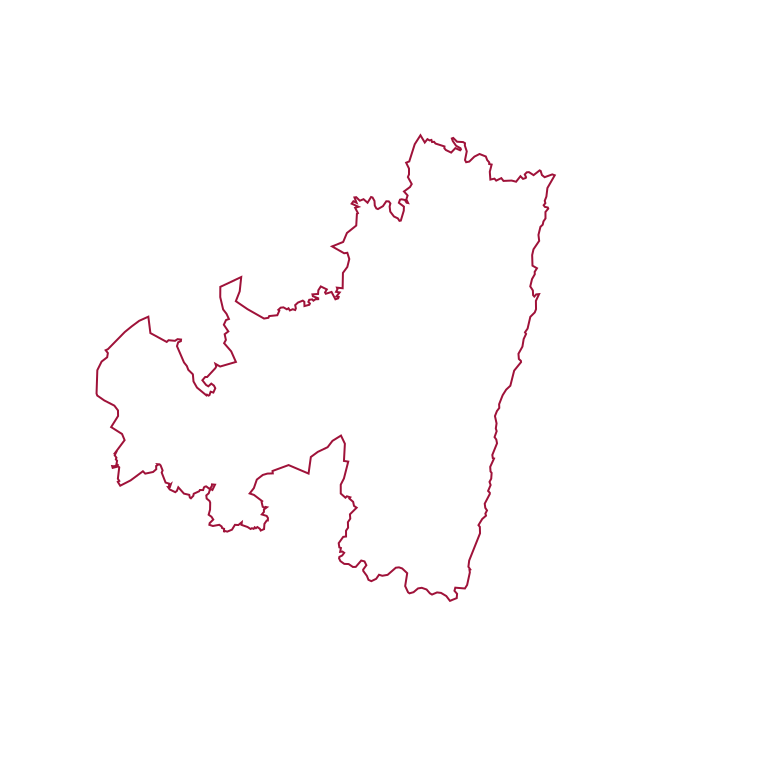 Buffalo City, Eastern Cape, South Africa (Albers equal-area conic projection), rotated 319°
{"feature_id": "47623444B85184421345333", "entity_name": "Buffalo City", "entity_type": "district", "adm_level": 2, "iso_a3": "ZAF", "parent_name": "South Africa", "parent_adm1": "Eastern Cape", "projection": "albers", "projection_center": [27.551, -32.98], "detail": "fine", "context": "isolated", "style": "outline", "palette": "rose", "viewbox_px": 768, "rotation_deg": 319, "n_neighbors": 0, "source": "geoboundaries", "source_scale": "gbopen_adm2", "svg_char_len": 6166}
<svg xmlns="http://www.w3.org/2000/svg" viewBox="0 0 768 768"><g transform="rotate(319 384 384)"><path d="M310.9,591.4L314.9,590.2L325.2,582.5L326.6,580.3L327.4,580.6L327.8,577.3L332.5,573.1L358.5,559.7L362.6,554.7L362.7,552.5L369.6,550.3L374.6,550.3L375.5,548.3L378.8,547.0L379.2,543.9L381.5,540.4L391.7,536.4L392.5,535.5L392.4,533.0L398.2,530.2L399.4,527.1L402.8,525.8L406.9,521.7L407.0,519.9L409.8,516.2L418.2,512.4L417.5,511.3L419.2,508.6L430.4,502.9L432.3,499.6L432.6,496.6L438.1,493.5L439.2,490.9L443.1,487.6L446.7,481.0L451.5,478.5L455.3,477.7L457.6,474.8L466.2,470.3L472.5,468.4L478.2,468.2L491.0,459.3L501.8,457.4L502.5,456.3L502.2,453.6L505.3,449.4L513.0,446.6L518.9,441.7L524.1,439.4L524.3,437.5L528.7,436.4L538.5,429.3L544.7,428.9L547.8,427.3L553.2,420.9L560.0,417.9L557.6,416.2L554.8,416.6L554.8,414.8L557.7,411.1L558.4,406.3L564.6,401.9L569.8,400.1L571.3,398.2L575.4,397.0L573.7,392.1L580.4,383.9L585.2,380.4L595.0,377.8L598.4,372.8L605.2,368.0L608.3,367.9L611.0,365.9L614.5,365.0L618.7,360.1L623.0,359.4L623.4,358.3L621.6,355.8L621.8,353.8L624.4,353.4L625.5,351.2L629.5,349.1L635.9,343.3L649.8,338.5L648.5,336.2L640.9,333.3L640.3,329.9L642.0,326.0L641.6,324.9L633.9,324.5L632.4,319.2L630.6,317.9L627.7,318.2L626.9,321.1L626.1,321.5L623.5,320.4L623.3,316.7L616.4,318.0L613.8,314.2L607.4,309.1L607.6,305.6L602.1,304.1L602.1,301.5L598.4,299.5L603.1,293.2L609.2,289.0L607.7,287.0L608.8,285.8L608.8,282.7L610.1,279.1L607.0,273.1L601.4,271.7L594.3,272.1L591.5,270.5L592.1,268.1L599.1,262.7L601.5,257.0L603.1,255.4L602.4,253.3L598.1,249.1L597.7,243.7L596.3,243.2L595.3,245.8L594.7,251.5L596.4,256.2L596.0,257.4L594.8,257.6L592.6,252.8L586.5,253.4L584.2,248.0L584.2,245.7L585.5,244.4L580.6,236.3L580.7,234.1L579.0,232.9L579.9,230.9L578.2,230.1L577.4,227.7L573.2,228.5L574.7,220.2L564.5,223.2L549.1,232.6L545.9,231.5L544.2,237.8L540.4,242.2L537.8,243.5L536.1,251.3L532.8,252.4L525.4,251.8L525.5,257.2L522.0,259.3L520.9,263.2L520.0,262.0L520.5,258.8L518.5,256.2L517.0,255.4L514.1,257.0L515.4,263.2L512.6,266.2L503.9,271.7L502.7,271.0L503.1,268.1L501.4,264.1L501.8,258.0L504.7,253.7L507.3,251.9L507.4,249.3L505.6,247.6L499.9,249.1L494.2,248.0L493.4,246.5L494.1,243.3L496.9,239.6L497.7,235.7L496.9,234.4L490.5,236.4L489.8,231.1L486.0,229.8L485.6,224.8L484.1,223.8L482.2,229.2L480.8,226.0L477.9,226.7L481.0,233.5L477.8,232.1L476.4,238.0L475.2,237.8L467.0,246.2L455.1,245.7L446.4,250.0L435.1,246.1L439.7,259.2L442.4,260.9L439.8,266.9L433.1,271.6L425.9,273.2L415.6,284.6L411.7,280.4L411.1,281.9L408.3,283.0L410.6,285.8L405.6,286.7L406.9,288.6L405.6,289.3L402.9,288.2L404.8,280.1L399.3,277.7L399.6,276.2L402.9,275.1L400.3,268.9L395.9,270.2L393.3,272.8L388.8,269.4L387.9,271.1L390.6,276.1L390.0,276.8L387.9,275.1L385.4,274.8L385.3,273.0L382.8,271.4L380.8,272.4L380.9,274.6L379.6,275.2L375.1,273.0L377.8,269.7L377.4,267.8L372.5,266.1L368.7,266.2L367.1,269.1L365.5,269.9L364.2,267.7L361.2,266.7L361.6,264.2L359.7,263.9L358.4,260.2L356.1,258.6L352.9,258.7L353.1,260.0L348.6,262.1L341.9,257.4L340.2,258.2L336.4,255.9L330.1,238.0L326.5,224.3L335.9,219.4L346.4,209.6L324.2,203.3L317.4,211.0L311.5,222.2L311.2,227.7L309.6,233.2L306.7,232.1L302.0,234.2L301.0,242.2L296.4,241.9L293.6,247.0L290.1,248.3L290.1,259.1L286.7,270.2L271.8,263.3L270.0,258.2L268.9,260.7L267.1,261.4L255.1,262.7L253.7,261.4L249.4,262.0L249.1,268.0L249.9,270.5L253.9,270.4L254.6,273.6L253.9,276.5L249.6,278.5L248.1,276.1L244.9,277.9L243.9,277.6L243.4,275.9L242.5,276.1L240.5,264.0L241.9,257.1L246.1,251.3L245.6,244.9L247.0,241.1L247.2,236.5L252.6,219.6L256.0,217.5L258.8,218.4L260.0,217.3L257.6,214.7L254.6,214.3L250.1,209.6L247.6,209.7L241.1,192.3L250.3,178.6L240.7,175.7L231.5,175.0L222.5,174.7L198.5,176.6L196.1,175.9L195.9,179.5L192.6,182.2L185.6,181.8L176.7,185.5L160.8,202.6L160.0,204.6L162.1,212.9L166.3,223.4L165.9,229.4L162.3,233.7L149.8,237.5L153.5,249.9L151.4,256.2L136.1,259.5L136.9,259.9L134.0,261.1L133.7,264.1L132.2,264.9L132.2,266.8L129.7,268.8L129.9,270.0L126.5,269.2L125.0,267.6L124.2,269.3L129.4,271.9L129.5,273.2L121.0,280.9L120.6,283.5L118.9,283.2L118.2,287.7L129.5,290.5L144.8,291.7L145.0,295.0L152.0,298.9L156.2,298.9L158.2,296.4L160.4,296.7L160.4,295.9L161.9,297.4L162.0,298.9L160.2,304.0L158.1,305.0L154.5,315.1L156.4,318.1L155.2,319.6L157.5,319.7L154.8,321.3L153.4,320.1L153.1,323.0L155.5,328.7L157.5,328.8L161.0,327.0L161.1,335.5L164.3,339.9L163.0,342.3L163.3,343.6L166.7,343.3L168.4,342.0L174.2,343.7L175.5,343.2L177.9,345.4L180.3,343.9L181.8,344.1L182.7,344.7L183.5,348.8L186.9,348.2L188.3,346.9L190.4,349.1L185.0,351.4L184.6,350.1L182.9,349.8L180.0,351.5L176.8,351.5L175.0,354.1L175.6,357.8L175.0,359.5L170.3,364.7L165.9,367.6L166.7,371.0L166.2,374.3L161.2,374.6L159.8,375.7L161.7,378.9L167.3,382.2L168.0,385.1L167.3,386.4L168.3,388.4L166.0,390.8L167.3,390.3L168.9,392.6L173.7,394.2L179.1,392.5L181.6,394.9L186.0,395.0L184.0,396.8L187.2,402.4L188.2,405.9L189.7,406.2L190.6,407.8L192.4,407.3L192.7,408.8L194.6,408.9L195.3,411.8L194.8,413.7L198.3,414.8L202.0,411.1L205.9,410.1L206.8,410.8L208.5,409.0L208.9,406.6L206.2,402.3L209.4,401.8L211.1,399.9L214.8,400.2L213.9,399.0L212.9,399.4L211.9,397.1L214.3,392.6L215.2,392.5L213.1,382.4L210.8,378.5L217.5,377.2L225.3,372.7L232.8,373.1L237.2,375.1L241.4,378.5L242.8,376.5L258.8,382.6L268.3,402.1L280.9,391.1L289.5,391.8L300.0,394.7L307.8,393.1L317.7,394.7L315.3,403.4L303.3,415.8L306.1,419.1L291.8,429.0L285.3,431.6L279.5,438.3L280.3,444.5L282.3,444.4L284.2,447.4L282.7,447.7L283.4,452.7L281.4,456.3L282.2,459.4L272.8,460.0L270.2,463.5L266.1,464.6L262.6,468.9L259.1,469.8L255.3,474.2L252.9,472.6L245.4,474.4L243.1,478.0L243.9,479.5L240.8,481.9L242.7,483.2L243.2,485.3L239.9,486.0L236.9,485.2L235.7,486.1L234.9,489.1L236.0,493.7L239.2,496.7L240.5,501.7L242.7,503.5L251.0,502.3L252.9,505.1L251.8,509.2L246.5,510.4L245.7,511.5L245.2,517.6L243.8,521.6L245.1,524.5L250.3,525.9L255.1,524.7L256.9,527.6L261.5,530.4L272.4,530.4L275.0,532.2L276.7,535.1L277.4,542.0L267.4,550.4L265.5,557.0L265.9,558.7L269.7,560.5L275.6,560.6L278.8,562.6L281.3,567.0L281.3,572.1L282.1,574.4L287.3,576.1L290.0,579.1L291.9,584.9L291.5,590.9L298.4,593.3L301.5,590.3L301.5,586.3L304.2,584.5L310.9,591.4Z" fill="none" stroke="#9f1239" stroke-width="2"/></g></svg>